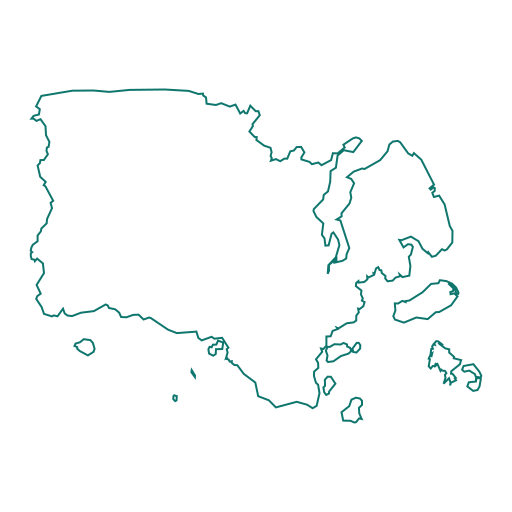 South Malekula, Malampa, Vanuatu (Albers equal-area conic projection)
{"feature_id": "77236927B78933945874407", "entity_name": "South Malekula", "entity_type": "district", "adm_level": 2, "iso_a3": "VUT", "parent_name": "Vanuatu", "parent_adm1": "Malampa", "projection": "albers", "projection_center": [167.766, -16.475], "detail": "fine", "context": "isolated", "style": "outline", "palette": "teal", "viewbox_px": 512, "rotation_deg": 0, "n_neighbors": 0, "source": "geoboundaries", "source_scale": "gbopen_adm2", "svg_char_len": 6051}
<svg xmlns="http://www.w3.org/2000/svg" viewBox="0 0 512 512"><path d="M41.4,95.9L36.1,106.4L39.8,109.2L38.9,114.5L33.7,115.8L31.4,118.7L33.7,118.7L36.4,120.9L40.5,119.2L45.5,126.2L46.0,135.2L49.4,141.9L48.6,146.8L46.9,147.5L46.5,150.9L47.9,154.2L43.9,160.0L40.4,160.1L39.9,163.1L37.6,165.5L40.2,176.8L45.7,181.9L43.7,185.2L45.4,186.3L53.2,200.8L50.6,202.8L52.0,208.2L47.0,219.1L46.7,223.3L41.3,228.6L40.9,231.3L37.6,235.5L37.6,241.2L32.8,244.8L31.4,247.5L30.7,250.7L32.2,252.2L30.8,253.2L30.8,256.1L31.6,259.1L34.5,259.7L34.9,261.2L37.1,258.6L42.9,263.4L44.0,273.1L36.6,284.9L40.7,293.7L37.3,296.1L36.2,298.9L41.6,307.0L44.0,313.9L52.0,316.4L53.8,315.4L57.5,316.3L63.0,308.7L64.7,313.4L67.4,315.5L72.0,316.1L81.0,312.7L93.9,311.1L105.6,304.5L107.7,305.4L109.0,308.0L115.2,309.3L119.2,312.7L121.1,317.0L126.4,317.3L133.1,314.9L138.6,314.7L143.6,319.5L149.1,317.5L150.9,318.1L168.1,329.7L176.8,333.1L196.4,331.6L198.4,338.0L201.7,340.4L211.6,336.8L214.4,338.7L222.1,337.8L228.4,347.7L226.7,349.2L227.6,352.5L226.0,358.2L227.5,357.2L226.1,358.8L228.6,359.5L229.7,361.6L231.8,361.2L231.7,362.8L234.3,365.0L237.3,365.2L243.8,373.9L255.3,382.5L258.2,396.2L268.9,400.3L275.9,407.4L296.7,401.8L307.1,404.7L312.6,408.2L316.6,405.9L319.5,393.3L318.1,384.7L315.9,382.7L314.0,376.0L314.1,371.6L318.3,367.9L318.1,362.9L316.0,359.3L322.2,351.8L321.0,348.5L323.4,349.0L326.4,345.7L326.4,336.5L330.7,336.3L332.6,330.9L337.8,329.0L337.0,327.8L338.5,328.4L346.7,323.3L353.6,322.4L356.2,320.6L356.3,315.6L358.8,312.4L358.1,308.6L359.7,309.0L363.3,306.3L364.6,302.1L361.9,300.6L362.8,298.4L361.0,294.5L361.4,290.5L355.9,286.1L356.2,283.0L358.4,281.1L358.6,282.6L364.2,282.0L367.3,279.4L367.2,276.3L368.5,277.5L373.9,274.9L373.5,273.2L374.5,273.6L376.0,268.5L378.2,267.1L379.6,270.1L381.3,270.3L381.8,273.0L385.5,276.0L385.2,278.4L387.6,281.3L392.7,280.6L395.5,277.6L400.2,276.2L399.7,274.5L402.5,277.1L409.3,275.6L410.4,266.0L408.8,256.8L410.9,254.5L412.9,246.9L411.4,244.7L408.0,244.2L403.5,247.4L399.3,239.9L401.6,240.2L410.9,236.6L418.5,241.2L422.5,248.8L427.9,253.3L428.3,252.2L431.9,256.8L435.8,255.7L442.0,249.2L444.7,250.5L446.9,249.4L452.3,242.5L452.5,230.9L449.8,226.1L444.6,204.4L439.1,195.6L433.9,197.0L432.3,192.8L434.7,190.9L434.8,188.1L433.6,187.4L430.7,189.6L429.6,188.4L434.0,184.6L421.3,159.7L413.9,153.1L412.3,155.8L408.2,153.4L400.2,142.3L397.8,140.9L392.8,141.6L389.4,144.5L387.5,151.3L380.2,160.1L364.5,169.0L362.1,168.5L353.7,171.6L347.0,177.2L351.2,178.9L354.1,183.3L350.3,192.2L351.3,197.7L349.5,203.5L341.5,213.3L341.6,216.4L336.6,219.5L340.4,220.5L349.3,248.1L346.6,254.2L346.2,258.5L342.5,260.8L333.4,262.9L336.4,260.6L336.4,258.5L328.9,265.0L329.0,270.7L327.7,273.8L328.4,265.2L335.8,257.3L339.4,245.1L338.1,239.6L333.4,232.4L331.6,233.7L328.6,245.4L325.4,245.6L324.5,238.4L321.9,234.8L323.3,223.4L316.4,217.0L313.5,211.1L313.8,209.1L323.1,199.5L323.8,194.8L328.0,191.4L330.2,181.7L330.6,171.1L335.9,167.7L337.6,155.5L343.8,150.2L353.3,152.1L361.8,140.9L359.3,138.4L356.0,137.4L352.7,138.5L343.4,144.7L344.7,147.5L337.6,153.4L332.9,153.2L331.1,160.1L321.5,165.2L318.3,162.5L311.9,164.2L309.5,161.9L301.4,159.4L301.3,157.5L304.4,152.4L301.1,146.9L296.6,147.1L293.9,150.5L290.3,151.3L287.2,158.7L284.5,158.6L280.2,161.2L275.9,159.1L270.9,160.7L271.8,158.2L270.6,156.0L271.6,152.2L270.5,147.8L264.1,145.6L256.4,140.0L256.7,137.1L254.7,137.0L249.4,131.5L252.9,126.1L252.5,124.2L259.8,115.2L258.4,111.2L255.7,111.2L250.3,105.7L247.1,113.3L245.2,113.2L243.6,110.9L240.2,113.5L235.5,104.6L229.8,106.6L221.2,103.2L215.9,105.0L206.6,103.7L206.0,97.4L203.2,95.5L202.9,93.6L198.5,94.0L188.7,90.9L164.8,89.5L129.7,89.9L109.3,91.9L93.4,90.5L72.3,90.7L41.4,95.9ZM439.2,312.0L451.1,305.3L457.5,296.4L454.3,293.4L450.6,294.2L450.3,292.1L453.0,291.1L453.5,288.5L448.2,283.3L454.3,287.9L456.4,293.5L458.2,293.9L458.5,292.6L456.1,287.6L452.1,283.7L446.4,281.1L439.9,280.2L438.4,283.2L431.1,283.9L422.5,292.3L409.4,300.5L405.5,301.1L405.6,302.1L402.3,300.9L398.1,303.5L394.8,303.4L395.4,310.5L393.3,316.2L395.0,319.6L403.9,322.6L416.4,317.5L427.7,319.1L435.8,312.2L439.2,312.0ZM434.8,344.8L433.4,344.4L432.1,346.6L432.9,348.8L431.2,349.1L430.5,354.8L432.2,353.4L431.5,356.2L430.1,355.6L428.7,358.7L429.9,359.2L428.7,366.3L430.7,368.5L432.8,366.0L434.9,365.9L435.9,362.9L435.6,365.8L437.5,364.1L440.4,370.7L441.4,368.8L441.2,370.5L445.0,370.9L446.4,373.1L444.9,374.9L445.5,377.8L443.6,383.7L449.0,378.2L450.5,382.5L450.1,385.5L450.9,382.7L456.0,380.3L454.8,378.4L455.8,377.9L452.6,373.9L451.0,373.7L451.3,371.2L459.9,364.3L461.1,360.1L453.8,358.3L454.1,356.9L449.2,352.6L449.2,349.3L445.3,348.4L439.1,343.7L438.4,342.8L443.1,345.2L438.3,341.4L436.2,341.2L434.2,343.5L434.8,344.8ZM359.3,413.5L358.9,407.9L362.0,404.9L362.0,400.8L359.9,398.5L355.9,397.7L351.5,399.6L349.2,406.2L341.5,412.2L343.2,420.6L350.6,420.8L354.3,422.5L356.0,422.2L359.1,418.4L361.7,419.0L359.3,413.5ZM328.0,362.0L333.4,361.3L341.0,356.0L348.3,353.7L351.3,351.1L350.1,347.8L347.1,346.5L347.0,344.4L343.5,343.0L340.6,344.5L334.4,344.2L329.8,346.9L327.5,346.8L325.9,350.8L327.5,355.5L326.6,360.5L328.0,362.0ZM90.3,340.1L83.8,339.2L79.9,342.3L75.5,343.6L74.5,346.0L77.2,347.1L77.3,348.8L79.9,351.1L87.9,355.4L93.6,351.8L94.6,348.8L92.8,342.8L90.3,340.1ZM327.6,376.7L324.9,379.7L325.0,385.9L323.4,387.4L324.2,392.2L326.2,394.9L328.9,393.6L329.2,391.4L335.4,383.7L330.9,376.8L327.6,376.7ZM223.2,342.5L218.0,340.7L216.3,344.6L212.9,344.7L211.6,347.3L209.6,346.8L208.4,349.2L209.1,353.6L213.2,355.7L215.7,354.1L216.0,349.2L222.3,349.0L223.2,342.5ZM463.6,366.0L462.1,369.7L464.3,371.7L469.3,370.6L474.9,374.1L475.8,376.8L480.8,377.5L481.3,375.7L479.3,371.6L473.4,364.2L463.6,366.0ZM476.0,378.8L476.0,381.5L468.8,382.3L467.3,386.4L473.2,390.9L477.5,390.0L479.5,386.5L480.8,379.1L479.4,377.8L476.0,378.8ZM352.5,348.6L353.2,352.0L356.5,352.5L360.1,348.6L360.3,345.2L358.8,342.9L356.7,342.9L352.5,348.6ZM176.8,396.2L174.2,395.3L173.4,396.3L173.3,399.1L175.1,401.1L176.5,400.4L176.8,396.2ZM191.4,372.2L194.9,377.1L195.0,375.5L191.7,370.1L191.4,372.2Z" fill="none" stroke="#0f766e" stroke-width="2"/></svg>